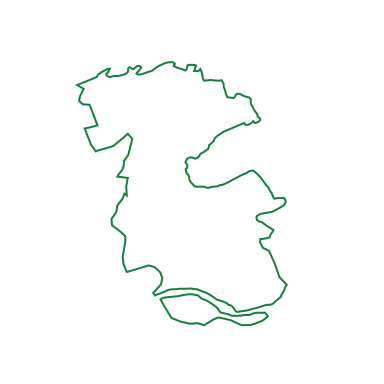 the district of Markz Dir Mawas, Al Minya, Egypt, rotated 68°
{"feature_id": "37247803B40134172984025", "entity_name": "Markz Dir Mawas", "entity_type": "district", "adm_level": 2, "iso_a3": "EGY", "parent_name": "Egypt", "parent_adm1": "Al Minya", "projection": "albers", "projection_center": [30.79, 27.655], "detail": "fine", "context": "isolated", "style": "outline", "palette": "green", "viewbox_px": 384, "rotation_deg": 68, "n_neighbors": 0, "source": "geoboundaries", "source_scale": "gbopen_adm2", "svg_char_len": 5349}
<svg xmlns="http://www.w3.org/2000/svg" viewBox="0 0 384 384"><g transform="rotate(68 192 192)"><path d="M274.0,265.1L274.0,263.6L274.2,257.4L273.9,251.8L274.3,248.6L274.5,247.5L276.0,243.6L277.2,239.2L278.5,236.3L279.1,234.8L279.9,232.4L280.6,230.5L280.9,229.4L281.0,229.3L281.1,229.1L282.6,226.6L283.9,224.0L284.0,223.9L285.1,222.9L287.9,219.7L291.0,216.3L292.4,215.2L296.1,212.4L300.9,209.4L303.5,206.3L305.5,204.0L308.0,201.4L310.1,200.6L312.0,198.2L313.4,197.5L315.8,196.8L319.1,196.0L320.3,194.8L320.8,191.6L322.4,185.6L323.2,179.0L323.5,176.7L324.1,170.6L324.4,166.3L324.5,165.4L325.8,161.9L326.0,159.0L324.6,155.5L323.5,151.9L322.7,149.3L320.3,146.9L318.2,144.0L314.9,140.9L313.8,139.4L313.4,138.9L307.2,141.4L303.7,142.8L302.4,142.7L301.1,142.7L300.3,142.6L299.8,142.6L297.3,142.5L294.0,142.3L291.5,142.2L290.7,142.2L290.1,142.1L278.6,142.5L278.0,142.6L275.3,142.7L275.0,143.0L270.2,147.3L266.3,147.5L263.7,147.6L262.0,146.6L261.3,146.3L262.5,141.7L263.1,138.4L263.1,137.1L261.5,135.6L261.1,135.2L260.4,134.6L259.0,132.1L257.8,130.8L255.4,132.4L252.8,134.3L250.9,135.6L246.5,138.4L245.9,138.8L244.5,140.8L243.0,141.8L242.5,142.2L240.8,142.0L240.1,141.8L239.6,141.8L238.7,140.9L238.0,137.7L238.0,136.4L239.1,131.2L240.3,126.0L240.2,122.8L239.5,116.3L238.7,111.8L237.4,109.9L236.1,108.6L233.5,108.6L231.8,109.3L231.7,109.3L231.0,111.3L230.4,113.3L229.8,114.6L229.2,117.2L229.2,117.8L228.6,118.5L227.3,118.5L225.4,118.6L222.8,118.6L219.6,119.4L216.4,119.4L213.6,120.6L213.2,120.8L210.0,121.5L204.2,123.0L201.0,124.3L199.1,125.0L198.5,125.4L196.6,126.4L195.3,127.1L194.7,128.4L194.1,131.0L194.8,134.2L194.9,137.4L195.0,140.7L195.4,144.8L195.8,149.1L196.6,154.9L196.7,158.6L196.7,161.4L196.1,163.4L196.1,164.0L196.2,166.6L195.6,168.6L194.4,172.5L194.4,174.4L193.8,176.4L191.9,178.4L191.3,179.7L190.1,182.3L189.2,184.9L188.9,185.6L187.6,187.6L185.7,188.2L183.8,188.9L181.7,189.5L181.3,189.7L179.3,189.7L177.4,189.1L175.9,189.1L174.2,189.2L172.9,189.9L171.0,189.9L168.4,189.3L167.7,187.4L165.1,186.1L163.2,186.8L161.9,186.9L160.6,185.6L159.3,183.7L159.2,181.1L159.6,179.7L159.8,179.1L161.1,177.8L162.3,176.5L162.3,173.9L161.7,172.4L161.6,172.0L160.3,170.7L159.6,169.4L159.5,166.8L158.8,163.6L158.1,161.0L156.8,159.7L154.9,158.5L154.2,155.9L152.8,152.7L150.8,150.8L149.5,147.6L148.7,143.7L148.0,140.5L147.7,127.4L147.6,123.0L147.6,119.8L147.5,117.8L150.1,117.1L150.7,114.5L150.6,112.6L149.9,110.0L149.3,108.7L151.2,108.0L151.8,107.3L151.8,106.5L151.8,105.4L151.7,103.4L150.4,101.5L148.5,101.6L147.8,102.2L146.6,102.9L145.8,102.7L144.6,102.3L142.1,103.0L138.9,103.7L136.3,103.8L132.4,104.5L129.2,103.3L127.9,102.7L126.0,103.4L125.4,104.1L124.1,106.0L121.6,108.7L119.1,110.7L117.8,113.3L118.5,115.3L119.8,116.5L120.5,118.5L119.9,119.1L119.2,120.4L117.4,123.7L113.6,123.8L110.3,123.2L109.8,123.2L106.5,123.3L103.2,122.1L99.4,122.8L99.4,123.5L98.8,125.5L97.6,128.1L97.0,129.4L95.1,132.7L93.3,139.2L91.3,139.2L90.1,139.3L88.2,138.7L84.3,138.1L81.1,138.2L81.8,140.1L82.4,140.8L80.6,144.7L79.3,143.4L78.0,142.8L76.6,140.9L76.0,140.9L75.3,142.1L74.1,144.2L72.9,147.5L73.0,148.8L74.9,150.0L76.2,151.3L76.9,152.6L74.4,155.2L70.6,159.8L68.1,161.8L67.5,160.9L66.8,159.9L65.2,160.8L64.2,161.3L63.3,164.5L63.0,165.2L62.4,167.8L62.5,171.1L62.6,175.6L63.3,178.8L64.0,181.4L64.7,184.0L64.2,188.5L64.2,191.1L63.7,196.3L62.5,198.3L61.2,199.0L60.7,198.1L59.9,196.4L58.5,193.9L57.9,192.6L56.6,192.6L56.0,193.2L55.3,193.9L54.7,195.9L56.1,200.4L55.5,201.1L54.8,201.7L52.9,203.1L53.6,205.0L55.6,205.6L56.9,206.9L57.6,209.4L57.6,210.7L57.1,215.3L56.5,217.9L55.3,220.5L55.1,221.7L54.7,225.1L54.1,225.7L52.2,227.7L50.8,227.3L50.3,227.1L49.6,225.2L47.6,222.7L46.9,222.0L46.3,223.9L46.3,224.0L46.4,225.9L47.1,231.7L47.9,235.0L49.8,237.5L49.8,257.9L49.8,258.4L55.8,253.8L57.9,256.2L61.4,260.1L62.4,260.8L64.5,262.1L65.4,262.5L70.1,260.2L70.1,259.7L72.8,254.2L85.3,254.5L94.8,254.7L93.9,262.0L93.5,264.5L92.9,267.7L108.8,267.9L109.5,268.2L113.0,267.3L118.3,266.0L118.2,264.6L119.4,253.8L119.7,249.5L119.8,249.1L119.8,247.7L117.3,239.5L116.2,236.0L113.9,229.8L114.3,229.6L120.3,227.4L133.3,236.9L134.1,237.6L134.4,238.1L137.8,243.5L140.2,244.6L142.0,245.3L144.6,247.7L145.8,249.2L146.4,250.2L148.0,253.1L148.3,253.6L149.8,255.4L154.9,246.2L161.8,250.7L162.8,251.1L170.8,253.8L168.2,255.3L172.1,258.8L172.4,259.2L176.6,266.3L182.2,269.7L187.0,276.9L193.0,278.6L200.0,274.3L200.5,274.0L207.9,270.4L212.7,272.3L219.1,276.1L219.5,276.4L226.0,280.5L233.5,282.5L238.8,282.5L240.3,282.5L241.8,282.3L242.8,271.7L243.4,264.9L243.8,260.1L243.9,259.6L247.5,255.0L247.8,254.7L254.6,251.6L260.6,251.7L264.6,254.4L266.1,255.4L268.0,259.3L268.6,260.6L269.8,263.2L270.9,265.7L271.1,265.7L272.6,265.4L272.9,265.3L274.0,265.1L274.0,265.1ZM300.6,258.3L301.1,258.3L301.7,257.6L308.1,250.9L313.4,243.2L315.9,235.6L320.1,230.6L318.3,220.4L318.1,214.7L321.0,210.3L325.2,204.3L334.0,196.0L337.2,187.7L337.7,182.2L337.7,174.8L335.8,168.3L331.3,169.5L331.2,169.5L330.9,170.5L330.0,172.9L328.4,176.5L327.5,180.6L327.5,184.9L325.7,189.6L324.8,193.3L323.7,196.6L321.6,201.5L318.4,204.8L316.7,207.4L314.2,210.8L308.8,212.1L305.6,213.8L302.4,216.0L298.8,218.5L296.7,220.6L294.0,223.3L290.1,225.2L288.0,228.5L287.0,230.0L285.4,234.1L284.3,238.6L283.3,244.1L282.4,247.3L281.3,251.0L280.0,255.4L279.3,258.6L279.7,261.4L288.1,260.4L298.5,258.7L300.6,258.3Z" fill="none" stroke="#15803d" stroke-width="2"/></g></svg>